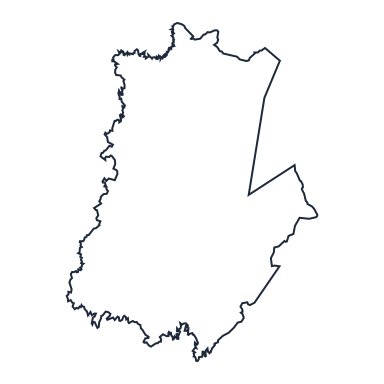 Akyem Mansa, Eastern, Ghana
{"feature_id": "2480657B32538733435540", "entity_name": "Akyem Mansa", "entity_type": "district", "adm_level": 2, "iso_a3": "GHA", "parent_name": "Ghana", "parent_adm1": "Eastern", "projection": "equal_earth", "projection_center": [-1.143, 6.082], "detail": "fine", "context": "isolated", "style": "outline", "palette": "slate", "viewbox_px": 384, "rotation_deg": 0, "n_neighbors": 0, "source": "geoboundaries", "source_scale": "gbopen_adm2", "svg_char_len": 5853}
<svg xmlns="http://www.w3.org/2000/svg" viewBox="0 0 384 384"><path d="M113.1,57.6L113.6,59.9L112.3,59.9L112.3,61.3L114.1,61.4L117.7,63.9L115.1,64.4L114.9,65.2L116.7,67.3L115.3,69.6L115.1,72.5L116.1,75.0L120.7,75.5L121.7,77.4L124.4,79.7L123.4,81.1L124.6,84.8L124.5,88.2L123.4,88.7L121.4,87.5L121.3,88.0L122.5,90.8L121.5,92.2L122.7,93.6L122.6,94.8L121.2,94.9L119.0,90.6L118.4,93.7L119.6,96.8L119.6,99.0L121.1,98.6L121.8,101.8L124.9,105.4L124.4,107.0L122.4,106.1L122.4,107.0L123.5,107.9L122.4,110.2L123.1,112.6L122.3,114.4L123.9,116.3L122.6,117.4L120.6,114.6L119.9,115.2L121.1,119.9L120.8,121.3L119.3,122.3L119.2,120.3L117.3,119.7L115.8,121.0L114.6,120.9L112.3,128.2L112.4,130.8L110.0,130.4L109.8,131.9L108.0,133.4L106.7,133.8L105.4,132.7L104.6,134.4L107.1,137.0L107.9,142.0L112.9,144.7L111.8,146.7L109.4,145.8L105.8,150.3L104.2,150.9L103.0,152.8L101.6,153.0L100.5,156.3L105.3,160.0L105.2,157.9L106.0,156.7L109.2,157.0L110.7,155.5L111.8,156.0L114.9,160.0L115.2,164.1L113.4,168.6L116.5,170.2L117.2,171.1L117.4,174.0L114.8,180.2L108.8,178.5L106.4,180.8L104.4,178.3L102.5,181.5L102.9,182.6L104.8,182.4L105.7,185.4L104.6,185.7L104.4,186.5L106.6,187.0L106.4,189.1L108.0,191.1L106.7,193.8L103.6,194.1L100.8,196.9L100.7,198.7L99.3,201.2L101.1,203.6L94.1,208.0L95.9,210.1L97.0,210.2L98.2,215.5L96.4,218.0L96.8,220.1L100.4,221.3L99.1,224.4L99.5,225.2L95.9,228.2L93.8,228.6L88.7,235.0L86.9,235.2L86.5,236.8L84.7,237.5L84.1,240.0L83.1,241.2L80.0,241.2L79.8,242.2L80.6,242.7L80.9,244.0L80.5,245.7L81.8,247.0L79.9,248.0L79.6,252.1L78.2,253.2L81.0,254.3L80.3,256.9L81.9,257.8L80.9,259.7L82.0,261.5L81.2,263.1L83.4,263.7L82.0,264.9L81.7,266.8L80.2,267.6L81.5,269.3L80.7,270.2L78.3,269.3L78.1,271.9L76.8,272.3L75.9,271.0L74.2,272.1L72.1,272.0L70.8,274.1L72.0,278.1L70.4,279.7L69.4,282.5L71.6,289.2L71.0,292.5L68.4,291.8L68.4,294.5L66.7,295.9L67.8,298.6L68.1,301.3L70.6,300.1L72.3,302.7L73.8,303.2L72.6,306.5L74.8,309.2L76.6,307.8L78.2,308.5L79.7,306.6L80.8,307.2L81.5,305.1L82.2,306.2L84.1,306.8L84.5,308.8L87.0,311.6L88.0,315.4L90.5,312.0L91.8,315.2L94.5,313.5L95.9,313.6L94.6,316.5L92.9,317.6L91.7,323.4L92.4,324.6L93.2,321.9L94.7,322.2L97.4,327.9L98.8,326.8L99.2,322.2L100.9,318.7L101.3,315.9L102.6,315.5L105.7,311.6L108.2,312.1L110.4,313.9L109.8,315.8L106.7,318.6L107.4,319.8L113.1,317.5L114.7,320.0L117.6,316.6L119.0,317.5L119.2,320.5L120.1,321.0L122.3,319.7L123.3,316.7L124.4,315.8L125.9,317.1L126.2,319.4L127.9,318.2L128.3,322.3L128.9,323.1L132.8,321.0L134.7,322.2L136.7,322.0L137.8,323.7L140.4,325.1L140.9,328.4L142.4,329.8L145.4,334.7L148.6,336.8L148.4,338.0L145.4,338.3L143.5,341.9L144.4,342.8L146.5,342.3L148.8,345.4L151.0,346.6L156.0,343.3L157.8,343.2L159.0,341.8L161.0,341.6L161.1,339.1L159.8,337.0L163.0,334.3L166.8,336.2L168.6,335.9L168.3,333.3L168.9,331.9L169.5,332.2L169.7,333.9L171.0,333.2L171.2,335.2L172.7,337.1L172.9,339.5L173.6,339.3L174.6,336.3L177.1,338.8L178.3,338.9L178.5,338.0L177.2,336.8L176.4,334.3L177.1,333.9L177.6,335.6L178.3,335.9L180.1,331.6L179.5,331.0L177.0,331.1L177.1,328.3L178.5,329.9L180.6,328.1L181.0,326.1L180.3,323.2L182.1,324.6L183.5,323.6L185.8,323.3L187.7,325.1L187.9,326.8L187.3,327.3L186.8,325.8L186.0,325.7L184.6,330.8L186.3,330.9L188.4,329.2L187.8,334.5L188.6,334.9L189.5,333.8L192.4,333.1L192.8,334.6L193.9,334.8L195.9,338.0L197.9,342.7L197.7,343.9L196.9,344.6L195.0,342.6L194.8,344.9L196.3,348.1L195.1,347.6L192.7,351.0L195.0,352.4L193.6,353.4L194.1,354.7L193.7,356.5L194.8,356.6L195.6,357.9L196.2,360.8L197.6,361.0L198.7,359.3L199.0,357.1L202.3,356.7L202.6,351.7L203.7,351.7L204.9,356.1L205.5,356.4L205.9,356.0L205.5,353.2L206.0,350.2L207.5,348.5L208.0,351.8L209.5,353.2L210.5,351.5L210.9,351.8L211.9,348.6L214.9,345.1L214.3,344.1L214.7,343.5L217.9,342.3L218.1,340.2L222.9,335.8L228.6,332.8L233.8,327.8L237.7,322.6L241.4,321.7L243.8,317.8L242.6,314.2L240.9,312.7L242.6,311.7L242.2,309.3L240.5,306.6L242.3,303.2L247.3,302.3L248.0,304.2L249.9,305.1L254.5,302.7L279.5,266.3L274.7,265.6L271.9,266.1L270.9,258.1L273.8,252.5L274.3,247.5L278.7,246.4L284.5,241.0L285.6,241.8L286.8,241.5L288.6,235.9L293.4,234.0L295.0,225.8L299.6,217.8L309.1,218.8L316.0,217.2L317.2,216.0L317.3,214.8L314.2,208.9L312.1,206.5L307.6,204.1L307.2,202.3L305.8,200.9L304.1,193.7L302.1,189.9L301.9,188.5L302.9,187.4L302.7,184.5L300.9,181.1L299.9,180.6L296.7,173.1L295.2,171.2L294.6,165.1L248.7,194.9L264.4,97.8L279.9,60.7L265.0,48.0L261.5,50.5L259.5,50.7L258.1,52.4L254.7,52.5L255.2,53.1L249.7,58.0L248.9,60.4L246.3,61.0L239.7,59.4L237.1,56.7L223.2,53.5L221.8,51.5L219.9,51.2L217.2,47.0L214.1,44.9L217.1,42.8L218.2,39.7L217.3,37.6L218.3,31.8L217.1,30.3L214.7,30.3L209.7,32.5L207.7,32.1L205.1,34.5L203.7,34.5L200.2,38.7L194.7,39.6L193.5,38.6L191.2,39.0L190.9,38.8L193.2,36.3L185.2,28.1L184.4,26.0L181.7,24.2L177.1,23.0L174.0,24.5L173.2,26.6L172.5,26.4L172.9,28.5L172.0,29.0L173.1,29.0L173.3,29.7L172.6,31.9L171.9,31.6L172.1,32.7L173.1,32.1L174.0,33.4L172.6,34.2L172.8,36.1L171.9,36.1L173.6,38.0L173.2,39.2L174.0,39.9L173.2,40.7L173.8,42.0L172.5,42.8L172.3,44.2L172.9,45.4L173.8,44.7L174.3,46.0L171.6,46.6L171.2,49.0L170.7,48.8L170.5,47.6L169.1,47.8L168.5,49.3L169.2,50.5L168.2,51.1L168.0,52.2L166.8,51.9L166.9,54.8L166.3,55.5L165.6,53.8L165.0,54.1L165.0,56.9L163.2,57.4L164.1,56.1L163.6,55.4L162.2,57.1L162.2,58.2L161.4,57.6L160.6,59.0L160.6,56.9L160.0,56.2L158.8,57.7L158.5,56.3L157.8,57.7L157.0,57.0L157.1,59.0L155.9,58.7L154.8,57.1L152.4,57.6L152.0,58.6L148.4,54.9L148.7,56.6L145.8,58.4L145.8,56.8L143.9,56.7L144.6,55.4L144.0,54.3L144.7,53.3L144.2,52.4L144.6,51.7L142.6,52.7L142.6,54.0L140.6,53.9L140.3,56.0L139.5,55.8L138.4,53.6L138.1,50.4L136.9,49.3L134.6,51.0L134.6,52.9L133.3,53.1L133.0,54.2L129.3,53.3L129.3,54.2L128.5,53.5L127.6,54.7L127.3,52.2L124.7,54.9L124.1,53.6L123.8,55.8L123.4,53.0L121.9,52.2L122.5,51.3L121.2,50.4L120.2,52.7L118.7,51.6L119.6,53.8L118.2,55.1L115.1,55.1L113.1,57.6Z" fill="none" stroke="#1e293b" stroke-width="2"/></svg>